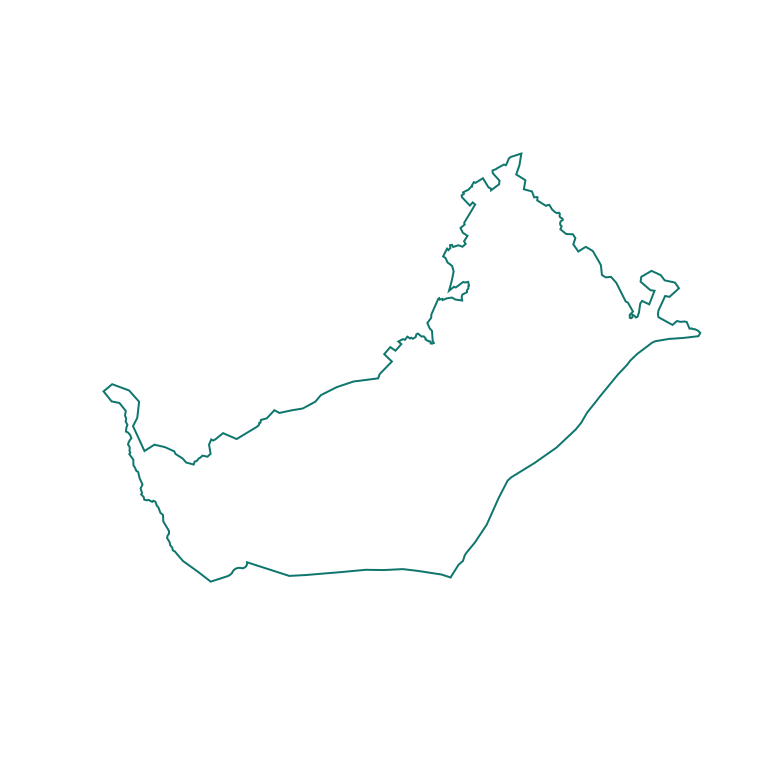 Tell Abiad, Ar Raqqah, Syria (orthographic projection), rotated 130°
{"feature_id": "27442178B34075692761550", "entity_name": "Tell Abiad", "entity_type": "district", "adm_level": 2, "iso_a3": "SYR", "parent_name": "Syria", "parent_adm1": "Ar Raqqah", "projection": "orthographic", "projection_center": [39.333, 36.35], "detail": "fine", "context": "isolated", "style": "outline", "palette": "teal", "viewbox_px": 768, "rotation_deg": 130, "n_neighbors": 0, "source": "geoboundaries", "source_scale": "gbopen_adm2", "svg_char_len": 5674}
<svg xmlns="http://www.w3.org/2000/svg" viewBox="0 0 768 768"><g transform="rotate(130 384 384)"><path d="M119.2,426.9L128.7,432.9L131.2,433.3L134.7,432.1L138.0,431.2L138.8,433.2L145.4,435.8L147.8,436.5L150.6,438.1L152.6,436.2L154.0,426.2L157.1,424.2L166.8,426.5L165.6,427.8L166.2,430.3L162.8,440.5L171.1,443.2L171.6,444.9L175.3,444.3L176.1,443.4L176.7,444.0L180.8,444.2L186.4,446.6L187.0,445.0L189.6,445.8L190.8,444.4L192.1,432.9L187.9,432.8L187.9,429.5L209.0,426.2L210.0,424.7L215.3,425.7L217.5,420.7L216.8,415.3L223.2,414.4L224.2,411.5L228.4,412.1L229.9,416.2L234.6,419.1L233.7,421.4L235.2,422.6L237.3,420.5L238.3,420.7L240.0,420.7L239.8,422.7L248.3,420.7L247.9,418.0L250.1,413.4L249.9,411.3L249.8,407.6L253.0,403.0L259.0,399.7L264.2,397.1L270.8,394.1L264.5,392.9L264.0,391.1L254.9,388.9L254.1,387.1L251.7,385.2L254.0,382.1L254.6,382.4L256.5,380.8L258.9,380.7L260.3,379.4L265.2,381.5L267.7,380.2L269.8,377.8L273.4,383.6L274.1,387.5L277.8,390.8L281.9,393.0L281.3,394.0L283.5,395.6L282.8,396.9L283.8,397.2L300.3,392.4L303.0,390.4L309.4,390.0L311.9,385.1L312.5,381.3L319.6,374.5L320.5,372.2L322.2,373.1L322.9,374.3L321.8,375.1L321.8,376.4L322.6,377.1L322.5,378.2L322.9,378.6L323.2,380.8L322.3,381.3L322.0,384.2L323.5,385.8L323.6,390.5L325.2,391.1L327.7,389.9L330.8,391.0L331.1,393.0L332.3,393.3L332.7,396.5L336.7,396.4L337.5,398.4L342.2,400.3L342.3,396.4L351.1,396.6L351.7,402.9L361.0,403.0L361.7,392.4L379.1,393.7L383.4,392.1L394.3,402.1L401.6,408.9L416.6,418.1L433.1,425.2L441.6,425.2L455.0,430.5L463.6,437.9L473.4,445.5L474.5,451.1L485.6,451.7L490.7,455.2L493.1,453.8L493.9,454.6L495.6,453.5L498.0,453.7L520.9,461.5L525.1,475.7L534.8,477.6L537.2,478.6L537.5,480.7L543.0,479.0L548.9,472.0L553.2,472.5L555.5,477.0L558.1,477.3L560.1,478.0L563.4,478.0L565.2,479.2L568.0,478.0L571.3,485.0L570.5,490.4L571.6,498.8L570.4,501.4L573.2,511.3L578.1,520.9L589.3,524.4L577.6,549.2L568.6,551.2L555.0,560.2L552.8,575.1L558.9,592.1L569.9,594.1L572.4,581.5L568.6,574.4L570.6,564.5L574.8,562.0L576.1,559.3L578.8,557.8L580.2,554.3L583.0,553.3L586.3,551.1L585.7,548.9L586.2,545.7L587.9,542.7L590.4,542.6L593.2,542.0L595.0,541.1L595.4,539.1L596.5,537.6L598.8,536.0L599.7,534.2L601.4,534.1L603.1,527.4L607.3,523.7L608.3,520.7L609.7,518.0L609.4,515.8L613.3,510.6L616.2,504.4L620.5,503.3L623.0,499.3L624.7,499.0L625.0,495.6L626.7,493.2L625.4,490.8L624.1,489.8L623.3,485.8L621.8,485.7L621.1,483.6L623.3,479.7L623.5,477.6L626.4,472.5L626.4,469.1L631.1,464.8L634.8,454.2L637.0,452.4L639.0,452.4L641.4,451.2L643.0,446.5L644.9,444.2L645.4,441.1L647.2,438.8L646.7,436.4L647.3,433.5L648.8,424.1L647.4,405.6L646.8,389.7L631.9,380.4L631.7,380.2L631.4,380.1L631.1,380.0L630.8,379.9L630.6,379.8L630.5,379.7L630.2,379.6L629.7,379.5L629.5,379.4L629.3,379.3L629.1,379.3L628.7,379.2L628.2,379.1L627.7,379.0L627.2,379.0L626.9,378.9L626.5,378.9L626.3,379.0L626.0,379.1L625.7,379.2L625.3,379.2L625.0,379.3L624.7,379.4L624.4,379.4L624.0,379.4L623.7,379.4L623.3,379.4L623.1,379.4L622.8,379.4L622.5,379.3L622.2,379.3L622.1,379.2L621.9,379.2L621.6,379.1L621.3,379.0L621.2,379.0L621.0,378.9L620.8,378.9L620.7,378.8L620.5,378.7L620.4,378.7L620.2,378.6L619.9,378.4L619.7,378.3L619.6,378.2L619.2,377.9L618.8,377.6L618.7,377.5L618.4,377.3L618.4,377.2L618.2,377.0L618.0,376.9L617.9,376.8L617.8,376.6L617.6,376.3L617.4,376.0L617.2,375.8L617.2,375.7L616.9,375.3L616.8,375.1L616.7,374.7L616.4,374.4L616.2,374.1L615.9,373.9L615.8,373.7L615.7,373.7L615.4,373.4L615.0,373.2L614.9,373.1L614.6,373.0L614.3,372.9L614.1,372.8L613.9,372.7L613.5,372.6L613.3,372.6L613.2,372.6L612.7,372.5L612.4,372.5L612.1,372.5L611.9,372.6L611.6,372.6L611.4,372.7L611.2,372.7L610.9,372.8L610.7,372.9L610.3,373.0L610.1,373.2L609.9,373.3L609.7,373.4L609.5,373.5L609.4,373.6L609.2,373.7L609.1,373.9L608.9,374.0L608.7,374.2L608.6,374.3L591.9,333.2L580.4,320.9L566.0,306.4L556.2,296.5L538.1,278.6L526.7,264.6L513.7,250.6L505.2,237.6L493.0,217.5L489.4,208.6L487.1,209.0L474.6,210.7L468.8,209.8L466.3,210.8L463.4,212.0L459.9,212.4L446.9,212.5L425.7,214.9L407.4,220.1L398.0,222.8L378.6,227.2L373.9,226.6L353.4,219.8L347.7,217.9L347.0,217.7L334.9,214.5L321.8,211.0L310.0,209.6L295.7,207.9L287.2,208.0L275.4,210.0L259.4,210.4L254.8,210.6L226.3,210.9L213.3,210.1L207.8,210.4L198.4,209.4L180.1,205.2L177.9,204.2L176.9,203.7L166.3,194.7L156.9,184.9L154.2,182.3L145.3,173.9L141.6,174.5L141.3,177.8L142.2,181.1L143.5,182.8L143.5,183.9L145.2,185.5L141.9,192.1L143.0,194.0L145.8,196.8L147.4,200.0L153.3,201.0L156.4,216.7L154.7,218.8L151.5,220.9L135.9,225.2L133.7,221.3L121.1,219.6L119.3,226.3L124.2,235.7L122.7,241.9L125.4,251.8L136.5,255.8L140.7,253.2L140.9,240.2L138.7,236.7L152.5,232.0L154.5,239.7L157.7,239.4L165.6,234.5L168.3,233.6L169.3,233.0L171.1,233.7L170.8,236.0L171.2,238.3L173.2,236.6L174.8,237.0L175.3,238.2L173.1,240.2L168.5,239.8L164.9,249.4L165.4,252.0L157.2,271.0L156.0,278.9L159.8,282.7L160.4,287.1L153.5,294.3L151.7,299.1L147.9,309.4L149.2,317.5L151.2,318.3L157.6,320.3L155.3,328.8L149.3,331.1L147.9,335.5L152.0,340.9L152.1,348.3L149.0,349.3L149.0,349.6L149.0,349.8L149.0,350.1L149.0,350.3L148.9,350.4L148.9,350.5L148.9,350.8L148.7,351.0L148.6,351.3L148.5,351.5L148.4,351.6L148.3,351.8L148.2,351.9L148.1,352.0L147.9,352.2L147.8,352.3L147.6,352.4L147.5,352.5L147.4,352.6L147.1,352.7L147.0,352.8L146.8,352.9L146.6,352.9L146.3,353.0L146.1,353.0L145.9,353.0L145.7,353.1L145.3,353.0L145.1,353.0L144.9,353.0L144.7,352.9L144.4,352.8L143.3,352.5L142.6,353.6L143.1,356.2L142.6,357.4L140.5,358.8L140.3,360.0L141.9,361.3L142.4,363.6L142.3,367.3L140.5,372.5L141.9,373.7L143.4,374.4L144.9,384.6L142.3,386.4L142.8,387.4L144.5,388.9L141.4,394.4L144.9,402.0L137.0,406.7L138.5,417.4L129.3,420.9L119.2,426.9Z" fill="none" stroke="#0f766e" stroke-width="2"/></g></svg>